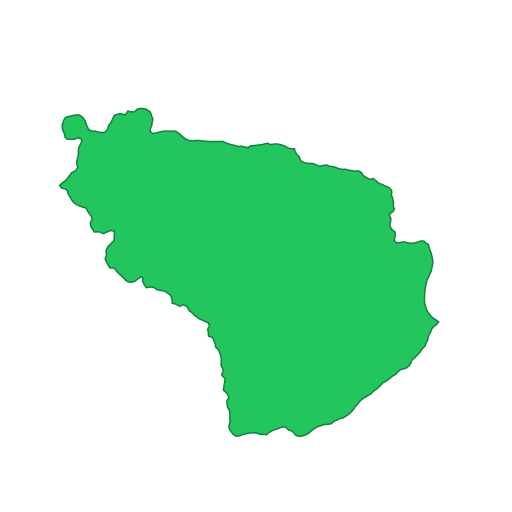 Mirante do Paranapanema, São Paulo, Brazil (Robinson projection), rotated 254°
{"feature_id": "56859067B9133941340903", "entity_name": "Mirante do Paranapanema", "entity_type": "district", "adm_level": 2, "iso_a3": "BRA", "parent_name": "Brazil", "parent_adm1": "São Paulo", "projection": "robinson", "projection_center": [-51.978, -22.346], "detail": "fine", "context": "isolated", "style": "filled", "palette": "green", "viewbox_px": 512, "rotation_deg": 254, "n_neighbors": 0, "source": "geoboundaries", "source_scale": "gbopen_adm2", "svg_char_len": 4412}
<svg xmlns="http://www.w3.org/2000/svg" viewBox="0 0 512 512"><g transform="rotate(254 256 256)"><path d="M86.9,204.6L85.7,207.8L83.3,210.9L82.4,214.5L81.3,216.9L82.8,219.7L83.9,224.6L83.9,228.8L84.3,232.4L84.1,236.2L82.3,237.8L79.6,239.6L78.4,241.7L75.7,243.6L73.0,244.7L71.3,246.6L70.2,250.4L70.4,254.1L70.8,256.7L72.0,259.8L73.3,262.3L74.0,264.8L74.9,267.8L74.9,270.5L75.3,274.6L74.4,278.4L74.1,282.4L75.7,285.4L75.9,288.4L76.6,291.4L76.3,294.9L77.4,298.7L79.1,303.3L81.3,306.9L84.1,310.3L85.8,313.0L88.1,316.3L89.7,320.1L90.7,324.5L91.9,328.6L93.6,331.5L95.3,336.4L97.1,339.8L99.0,342.7L99.9,346.4L101.0,349.6L102.9,354.3L103.9,357.9L105.5,360.4L106.8,363.1L106.9,365.6L106.8,369.2L108.3,373.0L110.4,375.2L113.1,377.4L114.6,380.9L117.0,384.9L118.6,387.5L121.0,390.2L122.9,393.8L125.4,395.3L127.8,397.8L130.2,399.1L132.4,400.4L134.6,402.8L137.5,404.8L139.2,407.6L140.2,410.3L142.3,413.4L148.9,408.1L152.7,406.5L155.7,405.4L161.7,405.0L165.4,405.3L170.1,406.6L177.5,409.3L185.5,413.6L192.7,419.9L196.2,421.9L199.8,423.7L202.7,424.6L205.1,424.9L210.3,425.2L213.1,424.9L219.8,424.9L221.9,422.6L224.1,421.5L225.0,418.4L224.7,413.9L225.1,409.6L226.8,405.3L228.4,403.2L229.0,400.5L229.4,396.5L230.4,394.3L232.7,393.1L235.4,394.5L237.9,395.8L241.0,396.3L242.8,394.5L245.6,393.4L248.7,393.2L252.5,395.1L255.3,396.0L258.8,395.0L260.2,397.8L261.4,400.6L263.3,402.1L265.9,401.7L268.7,402.7L272.0,403.2L274.9,403.2L277.5,403.0L279.5,404.0L281.6,404.4L283.7,403.5L285.8,402.1L287.9,399.2L290.0,397.0L292.0,394.2L294.9,392.3L298.2,390.0L298.0,387.1L300.0,384.6L301.8,383.1L304.1,380.9L306.4,380.7L308.4,379.3L309.9,377.4L310.2,374.5L311.6,371.7L313.0,368.5L314.8,365.8L315.4,363.0L316.9,360.0L319.0,357.2L320.4,355.4L321.4,352.9L322.5,350.7L324.1,348.8L324.6,345.0L324.7,341.7L326.8,339.3L329.3,336.1L330.4,332.4L332.0,328.7L333.9,326.3L335.8,325.2L339.4,324.9L342.8,323.1L346.3,322.3L348.5,322.6L349.1,320.2L350.8,316.7L353.6,314.1L356.4,310.2L358.1,306.6L358.9,302.6L359.2,300.1L361.1,298.5L361.4,296.0L361.4,292.3L362.1,288.4L362.7,284.4L363.4,280.9L362.3,278.7L363.9,275.0L365.7,272.0L366.1,269.3L367.9,266.4L369.4,263.7L372.1,259.4L375.3,255.6L376.7,250.3L377.6,247.3L378.3,244.4L381.5,235.7L383.2,232.0L384.1,227.6L384.9,224.9L386.0,222.7L388.3,220.1L391.3,218.0L394.2,216.4L397.0,214.2L398.6,212.2L399.3,208.9L400.5,205.2L401.3,202.5L401.6,199.6L402.0,190.6L405.0,188.6L408.0,189.9L410.3,191.8L412.8,192.9L415.8,194.5L423.7,194.1L425.4,192.5L427.6,190.7L429.7,186.0L429.7,181.7L428.2,179.4L428.6,176.6L430.6,172.8L427.8,169.4L428.9,167.2L430.4,164.6L430.4,161.5L430.4,158.7L426.7,155.5L423.7,152.7L422.1,150.3L418.6,148.1L416.6,145.0L417.1,141.9L418.3,139.2L420.3,135.9L421.2,132.9L423.6,130.0L428.8,129.2L433.0,129.0L436.9,127.8L439.4,125.8L440.9,123.7L441.5,119.0L441.8,113.6L441.7,111.0L439.3,108.4L434.9,105.7L432.0,105.0L429.6,105.0L425.8,105.7L422.4,105.2L420.3,106.7L419.2,109.8L418.3,114.3L418.7,118.0L416.3,120.6L413.4,119.5L410.9,117.2L408.8,115.3L406.3,114.3L403.1,113.4L400.1,112.0L396.4,109.8L393.8,109.1L390.5,109.1L387.9,106.5L386.8,101.6L384.0,98.1L381.2,94.2L379.5,89.7L378.1,86.8L375.0,87.7L372.9,91.2L371.0,92.7L368.6,92.5L366.4,92.8L363.9,93.6L360.0,94.5L357.1,95.8L354.4,98.2L352.2,100.8L350.6,103.0L348.9,106.0L345.6,106.5L343.0,107.3L339.8,108.6L336.2,108.5L333.8,105.9L330.1,105.4L326.4,106.3L323.6,107.2L322.5,112.0L319.5,115.5L320.3,120.0L320.6,123.3L318.8,126.8L315.0,125.5L310.1,123.9L308.3,120.7L305.4,115.8L302.3,113.2L298.5,112.6L294.5,110.1L288.3,111.3L284.7,112.3L283.5,116.2L281.1,117.4L277.9,118.7L273.2,121.6L268.2,124.3L266.3,126.1L265.0,128.7L265.1,132.6L267.8,139.4L266.1,141.3L263.1,140.0L258.9,140.8L255.8,141.8L255.5,145.3L254.0,149.2L250.9,151.5L248.5,156.4L247.3,158.6L243.3,162.0L241.3,163.2L238.6,163.3L235.9,163.2L233.7,162.4L231.9,165.6L228.6,168.9L229.2,172.5L226.9,175.4L224.1,176.2L221.4,177.0L218.5,179.4L216.3,180.2L211.4,184.0L207.6,188.5L204.8,191.8L201.5,192.0L198.9,189.3L195.9,189.2L192.0,188.3L189.7,191.8L182.2,192.6L179.3,192.1L176.4,194.1L171.2,194.5L168.6,194.7L164.7,193.7L159.8,192.2L156.4,193.3L154.3,192.6L151.1,190.2L146.2,192.5L142.2,190.4L136.1,187.7L132.7,189.8L129.7,190.7L127.2,190.8L125.1,188.3L122.1,187.4L118.2,187.0L114.8,187.9L110.6,187.3L107.7,186.2L103.8,185.4L101.9,184.2L99.8,182.9L96.7,182.8L93.9,183.7L91.2,184.7L88.3,187.0L87.7,190.4L88.0,194.4L87.8,199.6L86.9,204.6Z" fill="#22c55e" stroke="#15803d" stroke-width="1.5"/></g></svg>